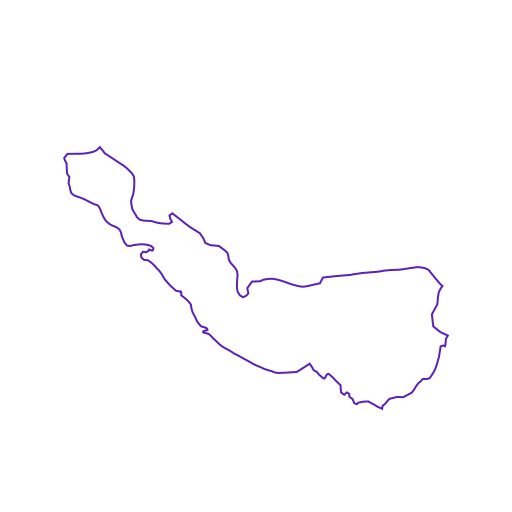 outline of Khayran Al Muharraq, Hajjah, Yemen, rotated 127°
{"feature_id": "15242507B46627972024874", "entity_name": "Khayran Al Muharraq", "entity_type": "district", "adm_level": 2, "iso_a3": "YEM", "parent_name": "Yemen", "parent_adm1": "Hajjah", "projection": "robinson", "projection_center": [43.359, 16.074], "detail": "fine", "context": "isolated", "style": "outline", "palette": "violet", "viewbox_px": 512, "rotation_deg": 127, "n_neighbors": 0, "source": "geoboundaries", "source_scale": "gbopen_adm2", "svg_char_len": 4421}
<svg xmlns="http://www.w3.org/2000/svg" viewBox="0 0 512 512"><g transform="rotate(127 256 256)"><path d="M167.8,89.0L167.7,90.8L166.9,95.0L166.0,98.7L165.0,102.7L164.1,106.5L163.2,109.8L164.1,113.9L165.9,117.5L167.9,120.6L170.5,123.2L173.0,125.7L175.9,128.5L178.8,131.3L181.4,134.1L183.6,136.9L185.9,139.7L188.4,142.5L191.0,145.3L191.4,145.6L193.9,147.9L197.0,151.1L199.6,154.2L202.1,156.9L205.3,160.6L208.5,163.7L210.9,166.1L211.7,167.0L214.4,169.3L217.1,172.4L220.1,175.8L222.5,178.4L225.0,181.2L227.7,184.0L230.0,186.5L232.5,189.1L233.0,189.6L239.3,188.5L250.0,197.6L252.5,200.3L252.9,201.0L254.4,203.7L255.9,207.4L257.3,210.7L258.5,214.8L259.6,218.3L260.9,221.9L262.3,225.3L263.9,228.6L265.9,231.3L268.3,233.8L270.9,236.1L273.8,237.6L278.8,243.8L286.9,243.6L290.5,239.6L292.8,239.8L293.9,240.0L296.8,241.6L297.1,245.2L295.6,249.1L293.3,251.7L290.6,253.8L288.0,255.6L285.0,257.6L282.1,259.4L279.5,262.1L278.1,265.4L277.4,268.9L276.7,272.5L276.1,273.6L275.2,275.6L272.7,278.0L270.6,280.9L270.3,284.6L270.3,288.2L270.3,291.6L274.8,299.0L275.7,302.7L276.1,304.2L273.4,309.0L272.3,312.5L271.6,314.6L271.9,318.4L272.3,322.4L272.6,326.3L272.6,329.8L272.6,333.4L272.4,337.0L272.3,348.5L275.7,349.5L277.9,346.8L279.3,343.6L282.5,344.7L284.5,347.6L286.6,350.7L288.4,353.9L289.9,357.4L290.1,358.1L291.1,360.8L293.2,363.8L295.3,367.0L297.0,370.7L296.7,374.2L295.3,377.4L294.0,380.9L292.3,384.0L290.9,385.2L289.5,386.9L286.7,389.2L283.4,390.3L281.0,391.1L280.4,391.3L276.8,393.2L273.6,395.2L271.0,397.1L268.3,399.1L265.9,401.5L265.3,403.1L264.6,404.8L264.1,408.6L263.6,412.0L263.5,415.4L263.9,421.0L264.2,426.6L265.0,438.6L264.0,441.8L263.1,446.3L264.3,446.3L267.8,447.1L270.8,448.7L273.3,450.8L276.0,453.3L278.4,455.8L280.6,458.5L282.6,461.2L287.9,468.0L293.0,468.2L293.3,468.0L294.6,466.2L296.0,463.1L299.4,460.3L303.4,456.9L304.1,455.9L305.2,452.6L310.8,449.4L312.7,446.5L315.0,444.1L316.9,441.3L317.0,439.5L317.1,437.7L316.1,434.4L316.0,434.2L314.9,430.8L313.9,426.9L313.3,423.2L312.6,419.4L311.9,416.0L310.7,412.7L312.0,409.2L314.4,405.4L316.1,402.3L317.6,399.1L318.1,397.1L318.4,395.8L318.6,392.1L318.3,389.9L318.0,388.3L317.0,384.6L317.0,381.0L318.6,377.8L320.1,376.1L320.9,375.2L322.7,372.1L324.4,369.1L325.3,365.5L324.7,364.2L323.8,362.5L321.0,360.3L318.8,358.1L318.4,357.7L316.0,355.1L313.9,352.1L312.3,349.1L311.1,345.7L311.5,342.6L313.1,341.8L314.0,342.0L314.6,343.1L314.7,344.1L315.1,345.2L316.5,344.9L319.1,346.0L320.7,348.9L324.1,348.9L326.3,346.5L326.4,343.0L324.4,339.7L324.3,335.7L324.7,331.9L325.0,330.5L325.4,328.5L325.6,327.3L326.0,324.5L327.0,321.0L328.5,317.5L329.7,314.3L330.4,310.8L330.8,309.0L331.3,306.3L331.5,303.6L331.6,302.4L331.9,299.1L330.5,296.0L330.2,295.2L329.7,295.1L329.7,294.4L330.0,293.8L332.4,292.0L332.4,290.0L332.5,286.1L333.0,282.3L334.0,278.7L336.7,276.0L338.7,273.4L339.7,271.5L340.3,270.3L340.7,269.4L341.8,267.1L343.8,263.4L344.8,259.7L345.2,257.4L344.8,256.4L344.2,254.8L343.4,252.2L343.6,250.9L344.4,250.3L346.2,251.7L347.2,252.4L347.9,252.8L348.5,252.6L348.8,252.1L348.5,251.4L346.7,247.1L346.9,244.3L347.5,240.5L347.7,238.7L347.9,236.9L348.4,232.8L348.6,229.3L348.6,229.0L348.3,225.7L347.7,222.1L347.3,218.6L347.2,217.7L347.1,214.9L346.4,211.3L345.9,207.8L345.4,204.3L344.8,200.5L344.3,197.0L343.9,193.3L343.2,189.9L342.1,185.7L341.3,181.8L340.0,177.8L338.7,174.6L338.5,174.0L337.7,171.0L335.9,167.6L333.4,164.7L331.3,162.0L329.0,159.4L326.5,156.5L325.1,154.8L324.3,153.8L321.6,152.7L309.7,148.3L311.2,143.9L312.5,141.3L312.0,137.7L312.8,134.3L313.2,129.0L313.0,128.0L312.2,127.5L311.1,127.7L307.8,128.1L306.4,127.1L306.4,125.8L306.7,121.9L307.4,118.0L307.9,114.4L308.3,110.7L310.5,108.9L313.6,106.1L313.8,105.8L313.8,105.6L313.7,102.0L310.3,101.4L310.0,98.5L312.2,96.7L312.2,92.7L314.4,88.9L313.7,86.3L311.7,86.1L307.8,82.7L304.6,78.8L304.1,75.3L303.5,71.5L303.3,68.8L303.2,67.9L302.3,64.3L302.1,63.3L299.5,64.7L296.4,63.9L293.1,63.8L289.8,63.5L285.5,60.0L283.7,58.6L281.1,54.8L280.1,53.4L271.3,49.3L267.2,49.4L263.2,49.8L259.8,49.8L257.1,49.1L253.9,48.8L251.8,46.0L249.2,43.8L246.1,43.9L242.5,44.1L239.2,44.7L235.9,45.6L235.1,45.9L232.7,46.7L229.6,48.0L227.7,48.7L226.5,49.1L223.2,50.9L219.9,52.6L217.0,54.2L214.6,52.4L214.6,51.7L214.3,50.7L212.9,51.3L211.1,52.4L208.1,54.4L204.1,54.9L205.8,62.8L205.8,63.6L205.5,72.1L196.8,80.4L185.6,82.1L182.5,83.9L179.1,86.1L175.3,88.0L172.0,88.8L169.7,89.0L168.8,89.0L167.8,89.0Z" fill="none" stroke="#5b21b6" stroke-width="2"/></g></svg>